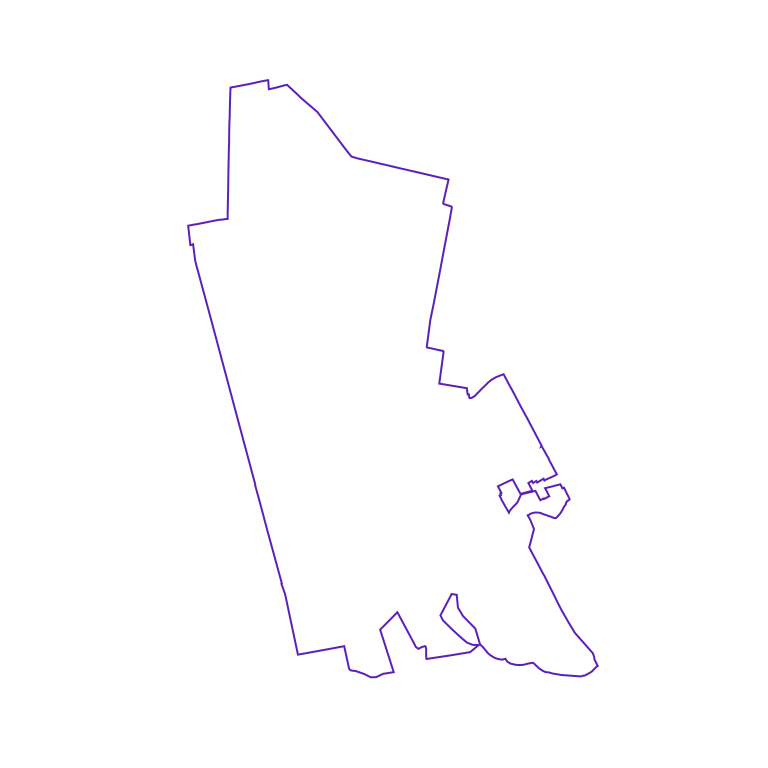 outline of Scarisoara, Olt, Romania, rotated 82°
{"feature_id": "2599482B52878080554645", "entity_name": "Scarisoara", "entity_type": "district", "adm_level": 2, "iso_a3": "ROU", "parent_name": "Romania", "parent_adm1": "Olt", "projection": "equal_earth", "projection_center": [24.562, 43.983], "detail": "fine", "context": "isolated", "style": "outline", "palette": "violet", "viewbox_px": 768, "rotation_deg": 82, "n_neighbors": 0, "source": "geoboundaries", "source_scale": "gbopen_adm2", "svg_char_len": 5550}
<svg xmlns="http://www.w3.org/2000/svg" viewBox="0 0 768 768"><g transform="rotate(82 384 384)"><path d="M640.0,506.9L639.8,500.6L638.9,478.1L638.1,459.9L661.0,458.2L662.9,457.0L664.4,451.8L668.3,444.2L672.6,437.8L673.2,432.5L670.9,425.3L670.7,414.5L626.7,422.0L611.9,402.5L643.8,390.8L648.9,389.0L651.1,386.7L649.8,383.4L649.3,379.7L650.4,379.2L653.1,379.2L656.8,379.8L657.7,379.9L658.4,380.0L662.1,380.3L662.2,380.2L662.2,378.2L662.0,361.1L662.0,356.9L661.5,336.0L655.7,326.6L654.6,332.6L651.5,338.0L644.4,344.2L641.9,346.3L636.0,351.1L626.2,358.6L620.9,360.3L601.4,346.2L602.9,341.3L615.7,341.9L624.9,338.0L639.0,327.6L655.3,325.1L658.0,322.9L661.4,320.7L665.3,318.4L668.1,315.6L671.0,311.9L672.5,308.5L673.4,305.4L673.0,302.0L676.0,300.6L678.4,297.8L680.3,293.0L681.0,289.9L681.5,285.1L680.9,280.0L680.8,275.1L687.3,269.9L690.4,266.3L691.7,264.2L692.7,260.5L694.1,257.5L695.0,254.6L696.9,248.6L698.2,242.6L701.0,229.7L700.5,227.0L700.7,226.0L699.5,222.6L697.8,218.4L696.5,216.7L694.0,213.5L693.4,212.7L693.0,211.6L689.1,212.9L685.8,214.0L684.6,213.8L682.3,214.1L679.8,214.6L672.9,219.1L656.9,229.7L644.6,234.9L632.0,239.9L624.3,242.6L623.7,242.8L622.0,243.3L617.7,244.7L614.6,245.7L612.0,246.6L609.4,247.5L604.6,249.1L599.9,250.7L596.0,252.0L594.7,252.6L591.7,253.7L587.2,255.3L583.3,256.7L580.9,257.6L576.8,259.1L573.2,260.4L569.9,261.6L566.0,263.0L564.4,262.3L560.9,260.8L557.3,259.3L554.3,258.1L551.9,257.1L550.2,256.3L548.7,255.7L547.9,255.8L545.1,256.5L542.3,257.2L539.0,258.0L536.7,258.9L534.4,259.9L534.0,260.0L533.8,259.4L533.7,258.6L533.4,257.9L533.0,257.4L532.8,256.6L532.6,255.7L532.5,254.7L532.4,253.6L532.3,252.5L532.4,251.4L532.6,250.6L532.7,249.9L532.8,249.1L533.2,248.0L533.5,246.9L534.0,246.1L534.7,245.0L535.2,244.1L535.5,243.7L535.8,242.8L536.3,241.9L536.8,240.8L537.7,239.3L538.1,238.4L538.6,237.3L539.1,236.3L539.5,235.7L540.0,234.8L540.3,234.3L540.6,233.6L540.7,233.0L540.7,232.5L540.6,232.1L540.4,231.8L540.1,231.4L539.4,230.6L538.9,230.1L538.4,229.4L537.9,228.8L537.5,228.4L536.8,227.6L536.2,227.0L535.4,226.3L534.7,225.8L534.0,225.2L533.6,224.9L532.9,224.4L532.1,223.8L531.4,223.4L531.0,223.2L530.7,222.9L530.5,222.7L529.7,221.8L529.4,221.5L529.0,221.1L528.5,220.8L528.0,220.6L526.9,220.2L526.4,219.7L525.6,219.1L525.2,218.6L525.0,217.9L524.7,216.9L524.5,216.5L524.2,216.3L523.8,216.3L522.6,216.6L521.6,216.9L520.7,217.2L519.8,217.5L518.8,217.9L517.9,218.2L517.3,218.4L516.2,218.7L515.2,219.0L513.9,219.4L512.8,219.8L511.7,220.2L512.2,221.8L507.9,223.3L508.0,224.4L508.4,227.9L508.8,231.2L509.0,233.2L509.6,239.0L510.9,238.5L512.7,237.8L514.6,237.2L516.6,236.5L518.2,236.0L518.7,237.7L519.3,239.0L520.1,241.5L519.6,241.7L520.0,242.8L520.4,244.2L520.8,245.3L518.8,246.1L516.6,246.9L510.9,248.9L512.4,263.6L520.0,268.5L520.6,269.2L522.8,272.2L524.9,274.7L527.0,277.0L528.8,278.2L520.9,281.4L514.5,283.9L513.9,283.9L510.8,285.1L510.3,283.6L508.6,284.1L508.2,282.9L501.2,285.4L499.1,279.0L497.8,274.8L496.4,269.9L509.8,264.9L511.8,264.1L511.4,260.6L510.3,251.9L502.2,254.8L500.5,251.0L502.8,250.1L501.2,246.7L502.9,246.0L502.1,244.1L501.6,243.0L500.0,239.2L501.9,238.6L501.0,236.3L500.8,235.6L500.3,233.8L499.8,232.0L499.1,229.8L498.9,229.0L498.1,226.7L497.5,225.4L493.9,226.8L491.6,227.7L489.1,228.5L486.7,229.4L485.1,230.0L481.5,231.3L480.4,231.3L478.1,232.4L476.6,233.0L475.1,233.6L473.3,234.2L471.0,235.2L468.6,236.1L467.5,236.5L467.8,237.2L467.2,236.9L466.8,236.8L466.4,236.7L465.8,236.9L464.0,237.6L462.2,238.2L460.4,238.9L458.4,239.6L456.7,240.2L455.4,240.7L453.3,241.4L451.0,242.3L448.3,243.2L445.7,244.2L443.4,245.0L441.1,245.8L438.3,246.8L435.4,247.9L433.0,248.9L430.3,249.8L427.5,250.9L425.1,251.8L422.0,252.9L419.5,253.8L417.6,254.5L414.6,255.5L411.3,256.7L407.7,258.0L403.4,259.7L399.3,261.2L395.9,262.4L393.0,263.5L391.0,264.2L391.3,265.8L391.9,268.3L392.3,269.9L392.6,271.2L393.0,272.6L393.6,274.1L394.4,275.8L394.5,276.3L395.6,278.4L396.0,279.0L396.5,279.8L397.0,280.7L397.8,281.7L399.3,283.6L401.4,286.6L402.8,288.4L407.0,293.9L408.6,295.8L409.0,297.1L409.5,298.0L409.9,299.1L410.0,300.6L409.8,301.2L409.3,301.4L408.8,301.5L407.0,301.3L406.1,301.4L406.0,301.5L406.0,302.6L405.2,302.6L402.2,302.6L399.7,302.5L395.1,317.1L391.3,329.2L360.4,320.5L359.6,320.8L353.8,336.3L353.3,336.5L327.3,329.3L312.2,323.9L283.6,314.1L234.8,297.6L230.5,296.1L218.5,292.2L217.5,292.7L214.1,299.8L213.5,300.2L213.0,300.2L199.3,295.0L190.5,291.6L186.8,301.3L156.9,378.8L154.3,384.5L150.3,387.0L145.4,389.8L105.2,412.2L97.9,418.7L93.0,423.0L89.4,426.2L84.6,429.9L80.1,433.6L75.8,437.1L74.3,438.3L74.5,442.1L74.7,443.3L75.4,448.9L75.7,452.0L75.8,453.0L76.1,457.0L67.0,456.4L67.1,460.9L67.5,467.2L67.9,471.5L68.3,477.6L68.3,478.2L68.6,484.1L69.1,494.7L75.3,495.9L79.6,496.6L85.9,497.7L92.0,498.7L95.9,499.3L97.5,499.5L103.4,500.7L109.1,501.6L113.4,502.3L119.4,503.2L124.7,504.0L126.7,504.4L130.2,505.0L136.4,506.0L147.5,507.8L149.2,508.1L149.9,508.2L159.7,509.7L168.0,511.0L169.4,511.2L175.0,512.1L186.6,514.0L187.3,514.1L188.1,514.2L189.7,514.5L192.6,515.0L196.6,515.5L198.0,515.7L198.4,515.8L198.7,515.8L198.6,517.3L198.7,520.3L198.5,524.1L198.6,528.2L198.7,529.7L198.7,530.5L199.1,536.1L199.2,538.5L199.4,542.0L199.6,545.5L199.7,548.0L199.7,549.1L199.7,549.8L199.7,551.2L199.9,553.1L200.0,555.9L204.1,556.0L214.7,556.3L219.6,556.4L219.6,555.8L219.0,553.6L235.7,553.8L242.9,553.0L245.6,552.6L295.8,546.3L371.8,537.0L394.7,534.2L465.4,525.5L466.2,525.7L486.3,523.1L511.3,520.1L542.5,516.1L567.3,512.9L567.6,513.4L578.3,511.2L585.1,510.7L594.0,510.1L638.4,507.0L640.0,506.9Z" fill="none" stroke="#5b21b6" stroke-width="2"/></g></svg>